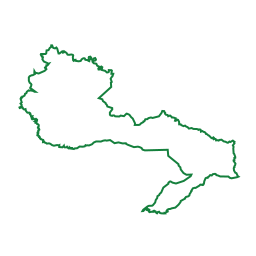 Ipameri, Goiás, Brazil, rotated 86°
{"feature_id": "56859067B29247640267498", "entity_name": "Ipameri", "entity_type": "district", "adm_level": 2, "iso_a3": "BRA", "parent_name": "Brazil", "parent_adm1": "Goiás", "projection": "natural_earth1", "projection_center": [-48.016, -17.457], "detail": "fine", "context": "isolated", "style": "outline", "palette": "green", "viewbox_px": 256, "rotation_deg": 86, "n_neighbors": 0, "source": "geoboundaries", "source_scale": "gbopen_adm2", "svg_char_len": 5851}
<svg xmlns="http://www.w3.org/2000/svg" viewBox="0 0 256 256"><g transform="rotate(86 128 128)"><path d="M213.7,102.8L214.9,102.1L215.4,101.0L215.8,98.0L215.2,97.7L215.7,96.6L215.0,96.5L214.2,94.5L213.7,95.0L213.3,94.6L213.0,95.0L212.2,94.3L211.7,93.0L211.7,91.4L211.2,90.1L210.7,86.3L208.0,82.9L205.6,80.8L204.5,80.5L202.4,76.0L201.9,76.0L200.8,74.9L200.4,72.7L199.6,71.5L197.9,71.0L196.7,69.9L195.3,69.4L195.1,68.8L194.5,68.8L192.7,67.5L192.3,65.6L192.5,64.8L190.4,60.7L189.6,59.9L189.5,59.2L190.1,57.9L190.0,57.2L189.5,57.3L189.0,56.2L186.4,55.6L183.5,54.1L183.1,53.3L183.3,52.0L182.5,51.6L182.1,50.7L180.7,49.3L181.2,47.8L180.0,46.6L179.8,44.4L180.1,43.7L181.2,43.1L181.5,41.9L182.8,39.3L183.4,31.3L184.8,29.9L185.4,28.2L184.7,22.7L184.2,21.2L183.6,21.9L180.6,23.0L180.1,24.1L177.8,25.2L175.5,25.3L174.8,25.0L174.5,24.5L173.7,24.6L172.5,23.7L171.0,23.3L168.1,25.0L167.6,24.9L167.5,24.1L165.3,24.0L165.2,23.1L164.4,23.0L161.2,23.9L160.7,24.4L155.7,24.4L154.2,24.0L152.6,24.6L150.8,22.9L150.0,23.2L149.3,22.7L147.9,24.3L149.1,26.8L148.6,27.8L149.6,29.1L149.6,29.9L148.5,31.7L148.0,33.5L146.2,35.5L146.3,37.8L146.9,38.4L146.4,39.7L146.5,41.0L145.3,41.2L145.0,41.6L144.8,42.6L145.2,43.3L144.7,43.7L143.7,43.1L143.3,43.5L144.0,44.4L144.0,45.1L143.5,45.8L141.3,47.6L141.1,48.2L139.7,49.6L139.3,50.7L138.4,50.9L137.4,51.9L137.1,52.9L136.2,54.1L136.7,55.5L134.8,55.7L134.4,56.5L134.8,57.9L134.2,58.2L133.8,59.6L133.5,62.8L132.5,64.5L132.8,67.3L131.3,68.5L130.7,69.8L129.6,70.9L130.0,72.5L128.8,74.7L128.0,75.2L127.9,76.7L125.4,76.6L123.4,77.5L123.1,78.2L124.2,79.9L124.0,80.6L121.7,79.7L120.8,81.7L120.5,83.6L119.8,83.8L118.5,85.2L119.1,87.1L117.8,87.6L117.4,89.2L116.3,90.1L115.3,89.9L114.9,90.5L113.7,90.7L113.4,92.6L115.3,93.5L118.5,96.3L119.7,102.8L119.1,104.4L119.6,107.0L120.5,108.0L120.5,110.1L122.3,111.1L122.5,112.1L123.2,112.3L124.2,114.6L125.4,115.9L125.7,116.9L125.4,121.0L124.5,120.7L123.5,120.8L118.9,122.6L117.4,124.1L114.9,125.7L113.8,127.7L113.6,128.5L115.9,131.2L115.1,134.5L115.9,135.8L115.6,139.0L115.4,140.1L114.5,141.0L114.4,142.2L114.8,142.9L114.2,144.6L113.5,145.1L111.3,145.0L108.3,142.4L107.0,142.4L105.1,147.1L103.3,147.6L102.3,148.5L101.5,148.6L99.4,151.1L97.6,151.6L96.2,155.0L85.9,141.9L81.5,141.9L80.9,141.0L77.7,141.9L76.2,140.9L75.4,139.9L74.5,139.8L73.9,139.2L72.9,138.9L72.7,140.8L69.6,140.1L69.2,140.5L68.9,143.1L70.6,143.2L71.1,144.1L71.1,145.2L69.4,146.8L68.2,150.3L65.6,149.4L64.8,150.3L65.1,151.0L67.3,152.0L67.7,152.7L67.6,153.3L66.7,153.5L65.4,152.5L64.8,152.5L63.7,154.4L61.7,155.1L61.0,157.7L59.4,158.8L58.8,158.5L58.3,155.8L57.9,155.4L57.3,155.2L55.9,155.9L56.4,157.8L57.3,158.4L57.5,159.1L56.6,160.3L55.2,159.9L54.2,160.6L54.4,162.0L55.0,162.3L56.1,162.3L57.2,161.7L58.6,162.0L58.2,162.9L57.5,163.3L57.0,165.8L55.7,166.2L55.3,167.0L55.5,168.1L56.3,169.5L57.7,170.4L57.9,171.1L58.0,172.7L57.3,175.7L56.3,175.6L56.3,176.7L57.1,177.6L56.6,178.0L53.5,178.1L51.9,177.6L51.2,177.9L50.7,179.5L50.9,181.6L50.6,183.2L48.8,184.1L47.1,186.3L48.1,186.8L48.3,187.5L47.0,187.6L46.9,188.2L48.9,191.2L48.8,192.1L43.8,193.1L42.7,193.9L43.5,195.2L43.0,196.7L42.6,197.2L40.3,197.9L40.2,198.8L42.0,199.2L42.6,200.4L44.8,201.9L44.9,203.8L47.9,204.4L48.4,205.1L48.1,209.6L48.7,209.9L50.2,209.2L50.4,208.5L51.0,208.7L51.5,207.9L53.5,208.6L55.8,207.3L57.7,203.8L58.4,203.4L58.2,202.4L59.5,203.5L59.8,205.1L60.8,205.0L61.9,206.6L62.5,206.4L62.8,205.6L63.6,205.3L65.2,207.2L67.4,213.3L66.4,216.7L64.9,217.4L66.5,217.6L67.7,217.2L68.7,219.4L68.7,220.5L69.5,222.5L70.6,223.4L74.0,223.6L76.0,222.9L77.1,221.7L78.0,221.3L79.6,221.8L81.2,222.8L85.4,217.8L85.3,218.8L84.5,219.8L84.0,221.5L83.7,222.7L83.9,223.7L83.5,224.5L84.8,226.4L86.2,227.0L86.7,228.3L88.4,228.9L89.4,230.7L89.3,231.2L89.8,231.4L89.9,232.3L90.3,232.6L91.1,232.3L91.5,233.1L95.0,232.2L96.1,233.5L97.7,232.4L99.3,233.2L99.9,234.8L100.5,234.6L99.8,232.0L100.3,231.6L101.1,231.6L102.3,230.3L102.0,228.9L103.7,228.7L105.5,227.5L105.9,226.6L105.7,225.6L106.5,224.5L107.0,224.4L107.6,224.8L108.2,224.1L109.8,223.9L109.6,222.5L112.0,223.4L112.6,223.0L112.7,222.3L111.9,221.6L113.0,220.5L112.4,219.2L113.4,218.1L114.0,218.2L113.6,219.6L114.6,218.8L115.1,220.3L115.7,219.3L116.4,219.8L116.9,218.6L117.7,218.4L118.0,217.5L118.9,216.8L120.6,217.1L120.9,217.8L121.5,217.9L122.5,216.9L123.0,217.2L123.6,216.7L124.5,217.8L125.6,217.6L125.9,218.4L126.6,218.7L127.4,218.0L128.8,219.0L129.3,218.7L129.4,217.7L130.2,217.0L130.9,217.3L131.2,216.6L132.1,216.6L132.6,215.8L133.1,215.8L134.0,213.4L135.2,213.0L135.4,213.7L136.2,213.8L136.1,212.4L136.9,211.8L137.1,211.0L137.9,210.1L137.8,207.9L138.4,206.5L139.8,204.9L140.5,203.1L140.1,200.2L140.2,199.0L140.7,198.3L140.4,197.7L142.2,197.9L142.7,194.7L141.2,193.2L142.3,193.1L142.9,192.5L143.0,190.8L142.4,190.1L144.0,189.0L144.3,188.4L144.1,187.6L143.4,187.5L143.9,187.0L144.0,185.7L144.6,186.1L145.2,183.4L144.7,182.8L144.6,180.1L143.1,177.6L143.5,174.5L143.3,172.4L142.2,171.6L142.6,170.9L142.4,170.0L142.7,168.1L141.7,165.0L140.1,163.2L139.2,160.7L139.6,155.9L138.9,153.6L138.7,151.6L139.1,150.2L138.8,146.7L142.2,142.5L141.7,138.5L143.0,134.5L143.1,131.2L143.7,131.0L144.7,129.4L147.5,123.4L147.3,119.4L147.9,117.7L148.9,115.9L150.6,115.0L151.5,112.7L152.5,89.9L158.6,89.8L167.6,80.2L169.1,80.1L170.9,78.5L173.0,78.3L176.8,75.8L178.7,73.0L178.9,68.0L180.5,68.9L184.7,76.1L186.7,84.0L185.6,87.4L184.3,89.2L184.4,90.2L185.4,91.5L186.4,91.6L189.9,96.9L194.7,99.4L195.8,100.9L197.1,101.6L198.1,103.4L200.0,103.8L201.7,105.3L204.2,106.1L206.8,108.6L207.2,109.4L207.1,112.6L207.6,114.0L210.6,118.5L211.9,119.4L211.9,118.5L210.5,117.0L210.3,116.1L209.8,115.6L209.5,114.7L211.1,114.8L211.2,114.2L210.5,113.1L211.0,112.6L211.5,113.6L212.8,113.0L212.7,112.4L213.4,112.2L213.2,110.4L213.4,108.4L212.5,108.4L212.3,107.7L213.2,106.3L213.9,106.2L215.0,105.3L215.1,104.8L214.0,104.4L213.7,102.8Z" fill="none" stroke="#15803d" stroke-width="2"/></g></svg>